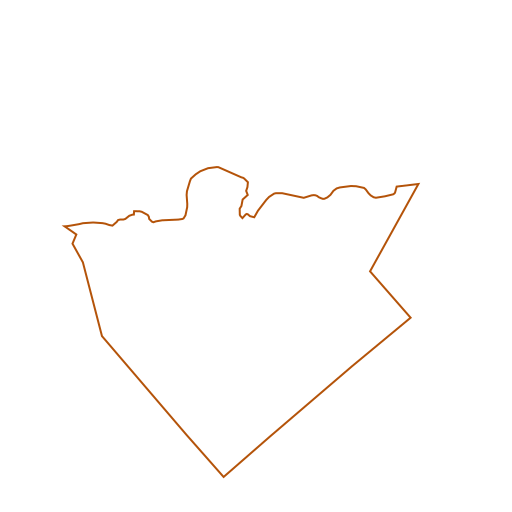 the district of Randolph, Illinois, United States of America, rotated 139°
{"feature_id": "52423323B77874601092989", "entity_name": "Randolph", "entity_type": "district", "adm_level": 2, "iso_a3": "USA", "parent_name": "United States of America", "parent_adm1": "Illinois", "projection": "albers", "projection_center": [-89.91, 38.013], "detail": "fine", "context": "isolated", "style": "outline", "palette": "amber", "viewbox_px": 512, "rotation_deg": 139, "n_neighbors": 0, "source": "geoboundaries", "source_scale": "gbopen_adm2", "svg_char_len": 1449}
<svg xmlns="http://www.w3.org/2000/svg" viewBox="0 0 512 512"><g transform="rotate(139 256 256)"><path d="M425.4,110.5L364.2,110.6L255.8,109.8L179.8,108.0L180.0,169.6L86.2,203.8L104.3,216.1L109.2,212.8L110.2,212.4L111.9,212.5L119.6,216.5L127.3,221.3L128.7,223.2L129.7,226.5L129.9,229.6L129.5,234.2L129.8,236.5L134.6,242.9L138.4,246.5L147.7,252.7L150.8,254.1L154.8,254.4L159.7,253.3L163.7,253.4L166.8,254.3L168.0,255.2L169.0,256.9L170.1,259.3L170.4,261.1L171.3,262.8L172.5,264.1L174.3,265.3L181.8,268.6L195.1,286.3L199.7,290.3L201.4,291.2L207.4,292.0L211.5,291.6L224.8,288.9L231.9,286.4L234.4,290.0L234.8,292.8L235.4,293.8L236.5,294.1L241.4,293.5L241.5,296.5L241.2,297.7L237.3,302.4L234.2,303.3L229.0,307.4L222.2,307.5L220.7,311.6L217.3,313.6L213.7,317.0L214.1,322.3L214.4,323.4L215.5,325.1L226.1,347.7L227.2,348.8L234.1,353.4L234.5,353.7L242.4,356.5L247.9,357.2L254.3,357.1L256.8,355.8L265.6,350.2L268.3,347.6L273.7,340.4L275.9,338.0L282.5,333.0L286.0,331.9L287.2,332.2L290.8,334.5L303.4,344.5L308.8,347.8L311.3,348.8L312.0,350.1L312.3,354.0L311.1,356.0L310.8,357.9L313.2,364.3L314.5,366.1L318.6,369.8L321.0,367.4L322.2,368.3L325.3,369.5L330.3,369.7L332.1,370.5L334.7,372.7L336.5,373.6L338.8,373.1L344.4,373.1L346.4,375.6L348.4,379.1L350.3,381.5L356.9,388.1L365.1,394.3L368.6,396.1L376.2,400.7L379.2,402.6L381.0,404.0L377.5,390.1L386.4,385.7L390.8,364.8L424.8,296.6L425.8,166.8L425.4,110.5Z" fill="none" stroke="#b45309" stroke-width="2"/></g></svg>